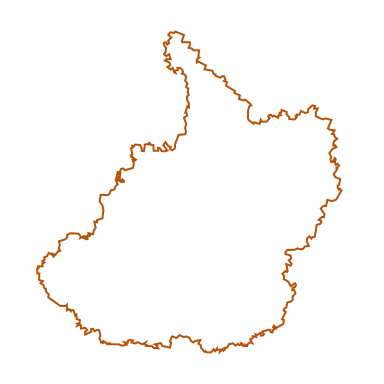 Thakurgaon, Rangpur, Bangladesh (Albers equal-area conic projection), rotated 184°
{"feature_id": "16705992B44482388014877", "entity_name": "Thakurgaon", "entity_type": "district", "adm_level": 2, "iso_a3": "BGD", "parent_name": "Bangladesh", "parent_adm1": "Rangpur", "projection": "albers", "projection_center": [88.472, 25.936], "detail": "fine", "context": "isolated", "style": "outline", "palette": "amber", "viewbox_px": 384, "rotation_deg": 184, "n_neighbors": 0, "source": "geoboundaries", "source_scale": "gbopen_adm2", "svg_char_len": 5870}
<svg xmlns="http://www.w3.org/2000/svg" viewBox="0 0 384 384"><g transform="rotate(184 192 192)"><path d="M330.7,121.2L332.1,117.9L334.8,116.7L334.3,114.1L336.5,112.7L334.4,111.3L336.4,110.3L335.8,107.5L339.1,107.2L339.7,105.8L340.4,106.8L341.1,104.3L340.5,99.8L338.6,100.0L338.3,93.5L334.6,92.7L336.8,90.5L333.9,89.0L332.5,85.5L331.0,85.3L330.8,82.7L327.7,79.6L328.1,77.0L315.5,69.2L310.0,69.5L309.0,70.8L308.5,65.3L306.6,66.6L304.6,64.6L304.3,65.8L301.9,65.8L299.9,60.5L298.8,61.6L298.2,57.2L294.9,56.4L295.0,53.3L297.3,52.6L296.4,52.1L297.1,50.6L294.5,52.0L293.5,51.3L293.2,48.0L289.1,49.1L286.9,47.0L288.8,45.2L288.7,42.4L282.8,45.5L283.0,48.2L281.4,48.7L279.4,46.2L277.3,47.8L275.0,47.7L273.4,41.9L274.2,39.8L272.1,35.5L270.2,36.9L270.2,35.2L267.9,36.3L266.5,35.0L264.4,35.2L265.2,34.3L254.3,34.9L251.3,33.8L246.6,35.1L249.1,37.5L245.7,37.0L245.3,39.6L242.0,40.1L240.6,39.7L241.7,37.7L238.0,36.9L235.9,38.4L230.9,36.6L227.8,38.7L228.7,36.7L226.6,36.1L227.0,35.3L221.3,35.4L219.2,33.6L214.9,33.8L216.4,35.1L215.9,36.4L218.4,37.4L212.7,39.1L210.7,36.3L203.1,35.2L202.3,40.4L203.5,41.1L202.3,45.7L201.6,46.6L197.3,45.3L194.3,48.4L190.4,46.7L187.5,47.5L184.6,46.6L182.3,43.0L180.1,42.0L178.7,43.5L173.4,44.9L175.0,41.0L172.8,40.1L172.1,37.2L168.4,33.4L167.6,34.2L166.1,33.1L161.6,33.4L159.5,36.6L157.8,34.8L156.1,37.7L155.6,36.3L152.8,36.8L153.0,34.6L150.4,37.5L149.4,35.8L148.0,37.7L148.5,38.9L146.0,39.4L144.5,42.7L140.8,43.9L137.8,41.8L135.4,43.9L134.4,42.6L132.0,43.0L132.5,44.6L131.0,44.3L130.2,41.9L128.2,41.9L128.2,43.4L127.1,42.7L127.8,42.1L126.2,42.3L126.0,44.0L123.4,46.2L121.4,45.4L123.6,49.3L121.3,50.2L121.3,52.4L117.8,51.8L118.7,54.5L116.7,54.0L114.3,56.1L112.9,53.4L110.8,54.1L110.2,55.3L112.2,56.6L112.0,57.7L106.1,60.0L104.6,59.9L103.4,57.5L101.9,57.5L101.9,59.7L99.4,61.3L101.7,62.7L101.0,64.3L98.3,62.5L91.8,66.6L91.3,70.6L93.3,71.4L90.1,78.9L92.3,80.2L92.0,81.9L89.8,83.6L89.3,88.4L85.6,89.7L83.9,91.8L84.4,94.7L81.7,98.0L83.3,101.6L85.2,101.1L84.9,103.5L82.4,104.6L81.7,106.4L82.8,108.1L86.6,105.2L86.5,104.2L89.8,109.4L94.4,111.6L94.1,114.5L96.1,116.7L93.3,119.7L91.7,118.8L91.1,119.8L92.8,126.6L88.4,125.4L87.6,127.4L90.7,130.6L88.4,132.6L89.3,135.5L94.5,136.7L94.6,138.4L92.7,140.8L85.6,141.5L82.9,143.1L79.7,142.3L77.2,143.2L75.5,145.6L71.7,146.4L74.1,150.9L73.8,153.9L71.9,155.9L69.5,153.8L69.0,155.2L66.3,155.9L65.3,167.9L61.9,169.1L60.8,170.9L61.1,172.2L63.6,173.1L60.4,176.2L58.6,176.1L58.3,179.0L62.4,184.6L59.9,187.4L57.3,187.4L56.4,193.6L51.6,192.6L47.6,194.6L42.9,204.0L44.7,205.5L45.5,204.4L47.0,206.6L47.2,208.6L45.7,209.4L45.2,215.3L50.0,216.8L51.9,219.6L48.7,225.0L49.8,225.9L47.1,228.4L48.6,230.3L50.4,229.1L51.6,231.7L50.9,235.0L51.9,235.8L53.8,231.7L55.1,231.5L56.2,234.5L55.5,236.7L57.7,240.2L55.1,244.7L51.1,246.7L52.2,248.6L54.1,247.9L54.4,249.5L54.0,252.3L50.9,255.2L53.3,256.8L54.2,259.3L56.4,259.6L54.0,263.5L58.4,263.6L60.9,265.0L57.9,273.6L63.5,274.7L66.8,273.6L73.8,276.2L74.0,279.8L72.4,284.2L76.1,283.6L75.3,286.5L78.0,286.8L81.8,282.6L81.8,279.8L84.5,278.7L88.8,280.4L90.4,276.5L93.0,276.5L92.8,274.5L93.8,274.8L93.4,273.0L94.8,271.5L100.0,271.6L100.4,273.6L103.1,276.1L103.2,278.4L108.3,280.1L108.6,277.5L109.8,276.0L109.2,277.1L110.0,277.2L110.4,275.4L109.0,274.8L111.2,273.9L111.4,272.0L115.4,274.0L116.8,272.8L118.6,274.5L120.7,273.9L121.3,272.6L119.7,271.1L122.3,267.5L127.2,267.0L128.5,269.0L129.4,264.6L134.8,265.9L135.3,264.4L140.5,267.7L141.3,269.6L141.7,277.5L140.7,281.7L138.9,282.5L140.0,284.0L145.4,287.9L147.1,287.0L151.8,288.1L150.9,291.6L156.6,293.7L156.2,295.7L165.4,300.4L164.8,304.2L167.8,305.0L166.5,306.5L167.9,309.6L170.1,309.6L171.7,308.1L176.7,309.5L176.7,310.9L178.5,311.2L180.2,314.4L188.1,315.2L186.9,319.2L195.1,322.6L196.1,321.6L196.5,324.5L193.9,326.7L195.1,327.2L194.8,333.8L200.4,333.4L202.1,335.1L205.5,335.7L204.2,339.2L204.7,341.3L212.2,340.7L212.7,341.9L210.9,348.0L219.9,350.9L220.8,349.4L224.8,349.8L226.6,347.2L223.4,344.6L226.3,341.5L225.1,339.1L227.0,337.4L228.2,339.6L230.3,338.9L230.1,336.5L227.9,334.0L228.1,329.8L229.5,327.5L227.1,325.7L224.4,327.8L222.6,323.0L226.6,322.8L228.2,321.2L223.7,319.7L222.5,317.2L225.2,314.9L221.8,312.7L220.0,314.4L218.1,310.1L216.8,309.6L217.7,311.8L214.7,312.7L215.2,314.8L212.7,315.0L210.3,313.4L209.3,311.0L210.4,309.3L207.4,308.7L205.9,306.5L206.6,302.6L204.1,299.8L205.3,296.4L202.9,294.8L203.2,291.3L202.0,288.8L203.6,286.9L203.3,283.4L201.3,280.1L200.9,276.3L202.5,277.2L204.3,270.6L203.1,270.7L202.2,267.9L205.2,265.6L202.5,259.3L203.4,255.2L202.2,252.1L202.7,249.2L209.4,247.9L212.2,238.6L212.1,234.4L214.6,232.2L216.8,233.2L216.2,235.6L218.6,235.8L222.0,239.9L223.8,236.6L219.4,231.7L221.9,230.7L225.1,230.6L227.1,233.4L229.1,233.8L228.5,230.8L233.1,230.5L233.8,236.1L237.7,236.4L237.2,237.5L238.3,238.1L239.1,236.7L242.4,236.0L242.7,229.3L245.0,229.4L245.2,232.1L247.2,235.3L252.3,235.3L252.9,233.5L254.9,233.9L254.3,232.1L255.8,231.4L254.1,225.1L255.4,224.4L254.5,223.5L255.6,222.3L254.2,222.8L250.2,220.3L251.7,219.0L254.1,220.7L251.9,216.6L252.6,211.9L260.4,209.1L262.0,210.7L264.3,210.2L265.3,207.1L267.5,206.8L267.9,204.0L264.8,205.4L265.0,199.1L263.2,198.3L262.4,199.8L260.6,198.3L261.0,197.0L263.9,197.3L263.8,198.4L266.6,198.1L265.8,199.3L267.6,199.7L265.9,200.6L267.4,203.0L268.6,200.9L267.6,198.5L268.6,198.1L266.7,194.4L268.6,192.5L269.6,189.1L273.0,188.1L274.3,184.1L275.8,183.0L282.9,182.8L283.5,176.0L280.4,172.5L279.1,167.9L279.5,159.4L284.9,157.3L284.6,155.1L287.4,155.5L285.6,149.6L287.3,146.7L287.7,143.0L291.9,143.7L290.5,142.0L291.7,140.5L292.7,140.7L291.5,142.0L292.4,142.7L293.9,140.3L298.2,140.3L293.4,139.0L292.9,137.9L293.8,137.5L298.8,139.2L300.2,138.3L299.8,139.8L302.3,142.5L310.8,142.3L313.7,140.2L313.2,138.4L314.9,136.1L321.3,133.5L320.1,129.9L321.1,126.8L319.5,124.1L321.1,124.0L324.0,119.7L326.4,120.6L324.9,117.1L327.2,119.7L330.7,121.2Z" fill="none" stroke="#b45309" stroke-width="2"/></g></svg>